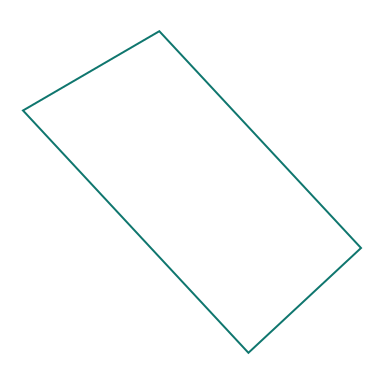 58, Ar Rayyān, Qatar
{"feature_id": "91078587B98938999484026", "entity_name": "58", "entity_type": "district", "adm_level": 2, "iso_a3": "QAT", "parent_name": "Qatar", "parent_adm1": "Ar Rayyān", "projection": "orthographic", "projection_center": [51.48, 25.241], "detail": "fine", "context": "isolated", "style": "outline", "palette": "teal", "viewbox_px": 384, "rotation_deg": 0, "n_neighbors": 0, "source": "geoboundaries", "source_scale": "gbopen_adm2", "svg_char_len": 184}
<svg xmlns="http://www.w3.org/2000/svg" viewBox="0 0 384 384"><path d="M159.3,31.2L23.0,110.5L248.4,352.8L361.0,248.0L159.3,31.2Z" fill="none" stroke="#0f766e" stroke-width="2"/></svg>